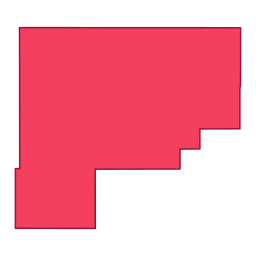 Guadalupe, New Mexico, United States of America (Mercator projection)
{"feature_id": "52423323B63657680318402", "entity_name": "Guadalupe", "entity_type": "district", "adm_level": 2, "iso_a3": "USA", "parent_name": "United States of America", "parent_adm1": "New Mexico", "projection": "mercator", "projection_center": [-104.647, 34.782], "detail": "fine", "context": "isolated", "style": "filled", "palette": "rose", "viewbox_px": 256, "rotation_deg": 0, "n_neighbors": 0, "source": "geoboundaries", "source_scale": "gbopen_adm2", "svg_char_len": 375}
<svg xmlns="http://www.w3.org/2000/svg" viewBox="0 0 256 256"><path d="M239.9,128.8L239.9,88.3L240.5,85.0L240.6,58.5L240.6,44.9L240.6,27.8L197.0,27.7L95.4,27.7L59.1,27.6L42.6,27.6L19.5,27.6L19.6,68.1L19.7,168.6L15.4,168.6L15.4,228.3L95.3,228.4L95.2,169.2L180.0,169.0L180.0,149.1L199.9,148.9L199.9,128.9L239.9,128.8Z" fill="#f43f5e" stroke="#9f1239" stroke-width="1.5"/></svg>